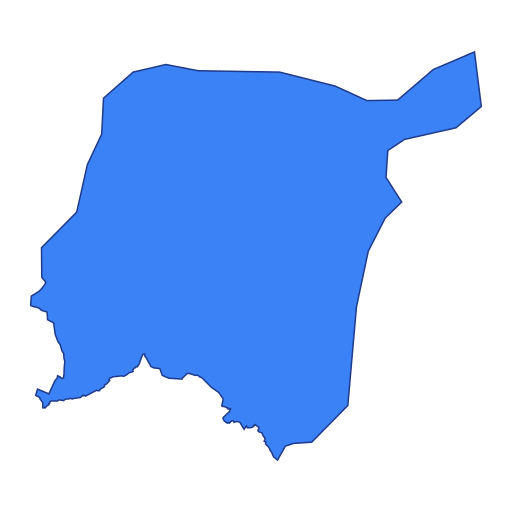 outline of Nooken, Jalal-Abad, Kyrgyzstan
{"feature_id": "92254566B99299845350349", "entity_name": "Nooken", "entity_type": "district", "adm_level": 2, "iso_a3": "KGZ", "parent_name": "Kyrgyzstan", "parent_adm1": "Jalal-Abad", "projection": "equal_earth", "projection_center": [72.38, 41.192], "detail": "fine", "context": "isolated", "style": "filled", "palette": "blue", "viewbox_px": 512, "rotation_deg": 0, "n_neighbors": 0, "source": "geoboundaries", "source_scale": "gbopen_adm2", "svg_char_len": 3063}
<svg xmlns="http://www.w3.org/2000/svg" viewBox="0 0 512 512"><path d="M474.5,51.9L470.2,53.7L433.3,69.5L397.6,100.1L366.9,100.6L335.2,86.1L279.6,72.1L207.9,70.9L198.0,70.7L165.8,64.5L133.1,72.1L103.5,98.2L101.7,134.1L87.4,164.5L76.7,212.1L41.5,247.7L41.8,277.4L45.0,281.2L45.9,282.2L45.6,282.7L45.7,282.9L45.1,283.8L43.7,286.1L42.7,287.2L41.8,288.4L40.4,289.9L39.2,291.2L32.8,295.2L31.3,296.1L30.9,301.2L30.7,305.6L34.6,307.0L35.4,306.8L36.2,307.3L38.2,307.7L40.2,309.1L41.3,310.3L47.1,312.1L47.3,315.4L47.5,318.6L47.5,319.7L53.6,322.8L53.9,324.8L54.7,330.6L55.1,334.1L56.6,338.1L58.1,341.9L60.1,344.6L61.9,350.8L62.5,351.8L63.3,352.8L63.9,354.6L63.8,356.6L64.0,358.5L64.8,361.1L64.5,364.6L64.2,368.0L64.0,374.1L63.5,377.8L62.8,378.0L62.5,378.4L61.9,378.3L60.2,377.5L60.1,376.8L57.6,375.8L57.2,378.1L55.0,380.6L48.9,393.8L37.5,389.1L35.7,395.4L39.7,397.5L39.9,398.7L42.7,402.6L42.8,404.7L42.8,407.8L45.0,407.9L45.0,407.4L46.1,406.9L46.2,406.4L49.0,404.6L48.8,403.5L49.8,403.0L50.2,401.3L52.3,400.9L54.5,401.1L55.2,400.9L56.9,401.1L59.2,399.9L63.7,400.6L64.5,399.7L66.6,399.0L68.6,399.0L70.4,398.3L71.3,398.8L72.2,398.8L72.5,399.0L73.8,398.4L80.5,397.5L82.9,395.2L83.4,395.8L84.5,395.5L85.5,396.1L96.8,390.2L97.9,390.8L99.0,390.8L99.7,390.4L99.7,390.0L100.5,389.1L102.5,387.8L103.9,387.2L104.4,386.3L104.6,385.0L106.9,383.7L109.7,380.4L109.0,379.7L110.1,377.8L111.5,377.7L112.8,376.8L121.5,375.9L123.8,376.3L125.7,375.3L127.3,374.3L128.7,373.0L130.1,372.5L133.1,371.5L132.7,370.5L132.9,369.9L134.4,367.9L135.3,367.8L136.0,366.8L137.2,366.9L139.0,364.3L139.6,362.9L139.8,362.2L141.4,357.6L142.7,354.7L143.0,354.3L144.0,354.1L144.6,354.0L144.9,356.2L146.2,357.8L147.5,360.2L148.4,362.0L150.0,364.6L150.5,366.0L151.2,366.7L152.5,367.2L153.4,367.8L154.6,368.0L157.7,368.3L159.8,368.6L162.3,375.4L166.4,377.2L168.9,378.2L182.0,379.1L183.0,377.5L187.3,373.4L190.3,373.7L194.8,375.3L197.9,375.3L198.0,375.4L198.4,375.7L198.9,376.2L199.2,376.4L199.7,376.9L199.9,377.0L200.1,377.1L201.1,377.3L201.7,377.7L202.7,378.4L202.9,378.5L203.4,379.3L211.6,387.5L218.6,392.4L221.9,397.0L222.9,398.3L223.1,399.7L221.7,405.8L222.5,406.4L224.6,406.6L226.3,407.6L227.8,407.7L227.7,408.7L228.6,409.2L230.5,408.7L229.6,411.4L223.7,417.0L223.1,417.7L222.9,418.4L224.3,421.0L224.9,421.5L227.3,423.2L228.2,422.4L229.3,423.2L231.7,420.9L232.9,420.6L234.0,422.4L236.1,421.6L237.6,421.6L239.8,422.2L244.1,429.3L246.3,426.0L247.5,427.8L251.0,427.6L252.5,427.1L253.6,426.4L254.3,425.7L253.9,425.3L254.6,424.9L255.1,424.5L256.0,425.3L257.0,426.0L258.9,427.5L259.0,427.8L258.9,428.2L258.9,428.9L258.3,429.6L258.0,429.9L257.9,430.6L258.5,431.6L261.8,432.9L263.7,436.8L264.6,437.2L264.8,438.3L265.2,439.1L264.1,441.2L264.5,441.5L265.6,441.8L265.8,442.2L265.5,443.5L266.1,444.7L268.0,446.4L269.1,447.9L269.9,449.3L270.0,450.1L271.7,452.6L273.5,456.7L275.3,458.2L277.5,460.1L285.4,446.1L293.7,443.4L311.7,442.2L347.8,405.5L356.5,306.6L368.3,251.1L385.2,218.1L401.7,202.0L386.0,177.4L387.8,150.5L404.5,139.4L456.0,127.8L481.3,106.5L474.5,51.9Z" fill="#3b82f6" stroke="#1e3a8a" stroke-width="1.5"/></svg>